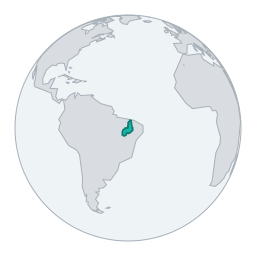 the Earth from above Piauí
{"feature_id": "BRA-622", "entity_name": "Piauí", "entity_type": "State", "adm_level": 1, "iso_a3": "BRA", "parent_name": "Brazil", "parent_adm1": "", "projection": "orthographic", "projection_center": [-42.942, -6.821], "detail": "medium", "context": "on_globe", "style": "filled", "palette": "teal", "viewbox_px": 256, "rotation_deg": 0, "n_neighbors": 0, "source": "natural_earth", "source_scale": "10m", "svg_char_len": 8168}
<svg xmlns="http://www.w3.org/2000/svg" viewBox="0 0 256 256"><circle cx="128" cy="128" r="113" fill="#eef3f6" stroke="#a8b0b8"/><path d="M89.1,22.3L88.4,22.7L90.8,21.8L91.5,21.9L94.4,21.1L93.2,21.7L96.6,20.5L97.2,20.1L98.8,19.6L100.6,19.1L99.4,19.8L98.3,20.1L98.9,20.1L97.5,20.6L99.2,20.1L97.5,21.2L101.8,19.6L102.6,20.0L100.8,20.9L97.5,21.5L85.2,26.2L82.4,27.9L81.6,29.4L87.2,30.3L85.4,32.2L85.6,34.1L88.1,32.6L88.9,30.6L93.6,28.6L94.1,26.7L96.0,25.7L97.9,23.9L101.2,23.5L103.6,24.3L102.2,26.0L103.2,26.5L107.4,24.7L107.8,27.9L113.1,30.6L112.8,31.7L106.8,33.8L99.3,34.2L91.6,38.4L100.3,35.2L99.4,38.6L100.8,39.1L103.0,38.9L104.8,37.5L105.3,38.7L96.9,42.0L96.3,40.9L99.0,39.8L95.4,40.1L89.8,42.9L89.8,44.8L81.2,48.2L81.1,49.6L79.1,51.4L79.9,48.7L78.4,53.8L68.3,60.7L66.0,70.8L64.3,63.4L61.2,63.0L57.2,63.9L56.7,65.5L52.1,65.2L46.6,69.7L42.8,78.2L42.9,84.3L48.2,83.4L50.7,79.5L55.1,78.0L50.1,88.4L57.5,88.7L55.7,96.5L57.6,100.3L61.7,98.7L65.9,100.2L69.5,95.4L75.0,92.5L74.5,98.8L78.0,92.8L80.8,95.6L92.1,94.8L91.1,96.3L100.5,103.5L111.6,106.6L114.2,111.3L112.8,114.3L116.9,115.1L116.9,117.1L133.8,120.3L143.0,125.5L143.1,132.4L136.2,140.3L131.6,157.4L119.6,163.0L117.8,170.0L110.5,180.3L103.0,179.7L106.4,184.8L103.3,187.9L98.9,188.3L99.2,191.9L95.9,192.1L98.9,194.4L95.5,199.3L98.6,203.1L96.5,207.0L98.7,209.2L97.2,209.2L96.2,210.1L96.7,211.3L91.5,209.5L87.9,204.6L88.2,201.9L86.2,201.6L86.7,194.8L85.2,196.3L82.2,186.4L82.6,178.0L79.5,154.6L76.7,150.2L68.5,145.4L58.6,129.5L60.6,122.5L58.7,119.5L64.9,109.5L63.7,101.0L61.6,100.0L59.3,103.5L52.7,99.0L51.1,93.0L34.9,86.7L34.0,84.0L35.4,79.1L37.0,65.5L33.1,79.1L32.3,76.9L33.1,72.3L34.3,70.7L37.1,64.0L37.4,62.1L43.1,54.1L53.7,43.4L52.6,44.4L55.2,42.1L56.3,41.1L63.9,35.4L71.9,30.3L80.3,25.9L89.1,22.3ZM64.7,74.4L73.2,78.5L67.5,79.7L68.8,78.6L66.8,76.7L62.8,75.3L58.0,77.1L64.7,74.4ZM70.4,68.1L68.8,67.9L70.5,67.7L70.4,68.1ZM55.7,41.6L54.4,42.8L54.4,42.7L55.7,41.6ZM95.9,24.2L96.8,24.1L96.0,24.5L95.9,24.2ZM95.8,23.7L94.1,24.3L93.8,24.2L94.8,23.8L95.8,23.7ZM97.9,23.0L93.5,23.8L93.0,23.6L96.5,22.0L97.9,23.0ZM96.6,20.2L96.0,20.6L94.8,20.7L96.6,20.2ZM92.2,21.2L92.6,21.1L97.6,19.5L95.8,20.1L98.7,19.3L95.4,20.5L89.2,22.3L89.8,22.0L92.2,21.2ZM99.4,19.4L98.0,19.7L99.3,19.1L102.4,18.4L101.0,18.8L99.4,19.4ZM101.6,18.7L103.9,18.1L104.9,18.1L100.9,19.0L101.6,18.7ZM98.4,19.3L99.2,19.1L99.7,19.0L98.4,19.3ZM109.7,17.8L108.0,18.0L108.6,17.7L109.7,17.8ZM104.7,18.0L104.3,18.0L106.0,17.6L104.7,18.0ZM107.8,17.2L107.8,17.4L110.8,17.0L110.4,17.2L105.6,17.8L107.8,17.2ZM105.0,17.7L106.7,17.4L105.3,17.7L103.4,18.1L105.0,17.7ZM108.9,17.0L109.3,16.9L108.9,17.0ZM110.0,16.8L108.7,17.0L109.3,16.9L110.0,16.8ZM114.4,16.2L113.8,16.3L110.9,16.7L111.8,16.5L114.4,16.2ZM100.9,213.5L92.2,210.3L96.8,211.6L98.4,209.6L103.5,212.1L100.9,213.5ZM106.2,208.1L109.0,207.0L110.1,207.5L108.4,208.5L106.2,208.1ZM209.7,50.4L206.0,46.9L203.7,44.6L204.1,45.2L206.1,47.0L206.4,47.6L204.6,46.1L203.9,45.2L202.3,44.2L206.2,49.1L208.7,51.4L206.3,51.5L210.1,55.5L210.4,57.1L204.2,51.0L202.6,49.0L193.2,42.7L194.7,44.7L203.6,51.0L202.1,50.3L204.1,53.7L201.4,50.7L191.3,43.9L187.2,44.8L187.0,53.1L183.6,53.8L178.4,52.0L173.5,43.5L181.7,43.1L180.1,40.6L174.1,37.1L177.1,37.4L175.7,36.1L178.4,36.0L178.0,33.2L180.1,33.1L175.9,29.6L176.4,29.2L178.7,31.3L181.5,32.9L186.2,33.4L185.9,32.8L182.8,30.7L184.5,31.3L180.8,29.2L181.5,29.1L177.6,27.6L173.8,25.6L172.1,24.5L170.1,23.7L173.0,25.6L174.8,26.7L177.5,27.9L181.7,31.3L181.0,31.7L173.9,27.6L172.0,27.9L167.3,25.1L162.4,20.9L162.4,20.7L170.0,23.5L177.3,26.7L184.5,30.5L191.3,34.8L197.8,39.6L203.9,44.8L209.7,50.4ZM237.5,101.6L237.7,102.7L235.5,94.7L225.1,72.9L224.0,70.7L223.8,70.5L223.6,70.0L225.2,73.4L222.5,69.4L230.8,83.9L233.3,90.2L237.8,103.1L238.0,104.3L238.7,107.2L238.6,106.9L240.5,121.8L239.2,135.3L237.9,147.4L235.4,157.5L231.6,163.2L228.7,171.3L226.2,173.5L224.0,178.1L220.2,182.5L215.1,186.4L209.8,185.4L212.0,181.2L213.2,172.6L215.9,152.7L219.9,144.1L220.5,137.3L216.4,121.9L217.5,113.9L215.8,110.4L212.6,110.9L210.2,106.8L208.0,106.5L192.4,108.6L186.0,103.3L174.6,87.9L176.3,81.9L173.8,75.2L183.0,54.0L188.1,55.3L199.0,53.7L200.9,54.6L203.0,59.2L213.9,66.2L213.4,62.5L219.9,67.0L222.0,67.8L216.7,59.2L213.2,57.7L209.2,53.2L209.4,50.8L211.8,52.7L216.9,58.8L221.6,65.3L225.8,72.1L229.5,79.1L232.7,86.4L235.4,93.9L237.5,101.6ZM183.6,64.4L184.2,66.3L183.6,64.4ZM92.5,94.7L93.7,95.8L91.9,96.0L92.5,94.7ZM66.3,82.2L68.3,82.2L69.2,83.0L67.6,83.5L66.3,82.2ZM84.3,80.9L86.8,81.3L84.0,81.9L84.3,80.9ZM74.7,79.0L82.3,80.8L76.8,83.0L72.1,82.0L75.6,81.2L74.7,79.0ZM68.6,71.6L69.7,71.9L69.1,73.0L68.6,71.6ZM71.6,68.0L71.1,68.2L70.7,67.4L71.6,68.0ZM99.9,38.4L100.6,38.2L102.6,38.2L101.3,38.8L99.9,38.4ZM114.0,35.5L114.4,37.6L113.2,36.4L111.4,37.4L106.6,36.4L112.4,32.2L110.6,34.2L114.0,35.5ZM101.8,34.4L104.2,35.2L101.3,34.5L101.8,34.4ZM165.3,30.0L167.6,30.7L168.6,32.1L165.9,33.1L164.4,31.1L165.3,30.0ZM170.6,31.5L164.2,27.7L165.6,27.2L165.9,28.0L167.5,28.1L168.4,29.6L175.9,33.2L177.3,34.7L171.6,35.3L172.7,34.1L170.4,33.4L170.6,31.5ZM145.6,21.7L142.8,20.9L149.4,20.8L151.2,21.6L148.7,22.5L145.1,22.0L145.6,21.7ZM104.9,20.4L103.5,20.7L103.8,20.4L105.3,19.9L104.9,20.4ZM108.9,17.9L111.7,19.1L110.2,19.4L113.7,20.2L111.0,21.4L108.8,20.7L109.3,22.4L106.3,22.4L107.1,23.5L102.5,22.0L99.8,22.3L103.9,21.5L106.4,20.3L106.7,19.9L105.5,19.1L101.0,19.5L102.8,18.7L105.2,18.1L106.6,17.9L105.0,18.4L108.0,17.7L106.7,18.3L108.9,17.9ZM133.2,15.5L130.9,15.4L136.7,15.7L135.5,15.7L136.2,15.7L136.7,15.9L138.5,16.3L137.4,16.3L138.6,16.5L138.9,16.7L140.2,17.0L138.7,17.2L140.1,17.7L138.6,17.6L141.5,18.3L138.7,17.9L138.9,18.4L141.5,18.6L130.6,20.7L128.1,22.5L127.6,24.4L122.9,23.8L120.4,21.9L119.6,19.8L122.7,18.4L120.0,18.6L120.7,18.1L122.5,18.1L120.1,17.7L121.1,17.4L120.4,16.5L116.3,16.5L115.9,16.4L118.1,16.2L116.2,16.2L120.0,15.8L119.8,15.7L123.3,15.5L127.5,15.4L127.0,15.4L128.4,15.4L133.2,15.5ZM123.0,15.5L123.3,15.5L116.3,16.0L116.0,16.1L111.6,16.9L108.9,17.1L110.4,16.8L111.2,16.7L111.7,16.6L111.9,16.5L114.0,16.3L114.8,16.1L116.3,16.0L116.2,16.0L123.0,15.5ZM201.0,53.0L202.1,53.3L203.4,53.3L204.7,55.6L201.0,53.0ZM194.2,48.4L194.9,48.1L197.4,51.0L196.2,50.9L194.2,48.4ZM193.2,45.7L194.8,47.9L193.2,46.6L193.2,45.7ZM179.1,31.1L179.6,30.9L180.5,31.4L181.2,32.2L179.1,31.1ZM149.5,17.4L148.6,17.3L148.4,17.2L149.5,17.4ZM217.3,60.4L218.0,61.9L217.1,60.9L217.1,60.6L217.3,60.4ZM212.0,58.4L214.2,59.9L212.3,59.0L212.0,58.4ZM234.7,164.1L230.1,175.2L230.0,174.6L232.2,169.2L236.0,158.6L237.0,156.3L237.7,153.5L234.7,164.1Z" fill="#d9dde1" stroke="#a8b0b8" stroke-width="1"/><path d="M130.1,120.2L130.5,120.2L130.4,120.2L130.5,120.3L130.9,120.3L131.0,120.3L131.3,120.5L131.0,121.1L130.9,121.4L131.1,121.9L131.3,122.1L131.4,122.5L131.6,122.8L131.7,123.1L131.3,123.5L131.4,124.3L131.7,124.8L131.7,125.0L131.9,125.3L132.0,126.4L132.2,126.9L132.2,127.2L132.3,127.7L132.8,127.9L132.9,128.0L132.6,128.7L132.7,129.1L132.4,129.2L132.4,129.4L132.5,129.6L132.4,129.9L132.7,130.0L132.7,130.4L132.6,130.6L132.3,130.8L132.1,131.0L131.9,131.2L131.7,131.2L131.6,131.4L131.4,131.6L131.1,131.7L130.8,132.2L130.7,132.2L130.3,132.3L130.3,132.6L130.1,132.8L130.0,132.7L129.7,132.7L129.5,132.9L129.2,132.9L128.9,133.3L128.7,133.2L128.6,133.4L128.4,133.3L128.2,133.4L128.0,133.2L127.7,133.0L127.2,133.1L127.0,132.9L126.9,133.0L126.7,133.0L126.3,133.1L126.3,133.3L126.6,134.0L126.5,134.3L126.1,135.1L125.7,135.4L125.5,135.5L125.2,135.4L124.9,135.5L124.7,135.7L124.5,135.8L124.4,136.0L123.9,136.0L123.4,135.8L123.2,135.5L123.1,135.2L122.9,134.9L122.2,134.9L122.2,134.6L122.3,134.3L122.4,133.3L122.5,133.2L122.3,132.9L122.1,132.1L122.5,131.5L122.6,131.2L122.9,130.6L123.0,129.8L123.1,129.6L123.4,129.4L124.2,129.2L124.3,129.1L124.6,129.1L125.0,128.7L125.4,128.6L125.6,128.1L125.8,128.1L125.7,128.0L125.8,128.0L125.8,127.9L126.0,127.8L126.3,127.8L126.6,127.8L127.1,128.0L127.5,127.9L127.9,127.9L128.0,127.7L128.2,127.1L128.2,126.9L127.7,126.5L127.7,125.6L128.2,125.1L128.3,124.8L128.2,124.3L128.0,124.0L128.0,123.8L128.1,123.7L128.2,123.4L128.0,123.2L127.9,122.9L128.4,122.3L128.5,122.0L128.5,121.8L128.9,121.4L129.0,121.4L129.4,121.3L129.7,121.1L129.8,121.0L129.9,120.8L130.2,120.4L130.1,120.2Z" fill="#14b8a6" stroke="#0f766e" stroke-width="1.5"/></svg>